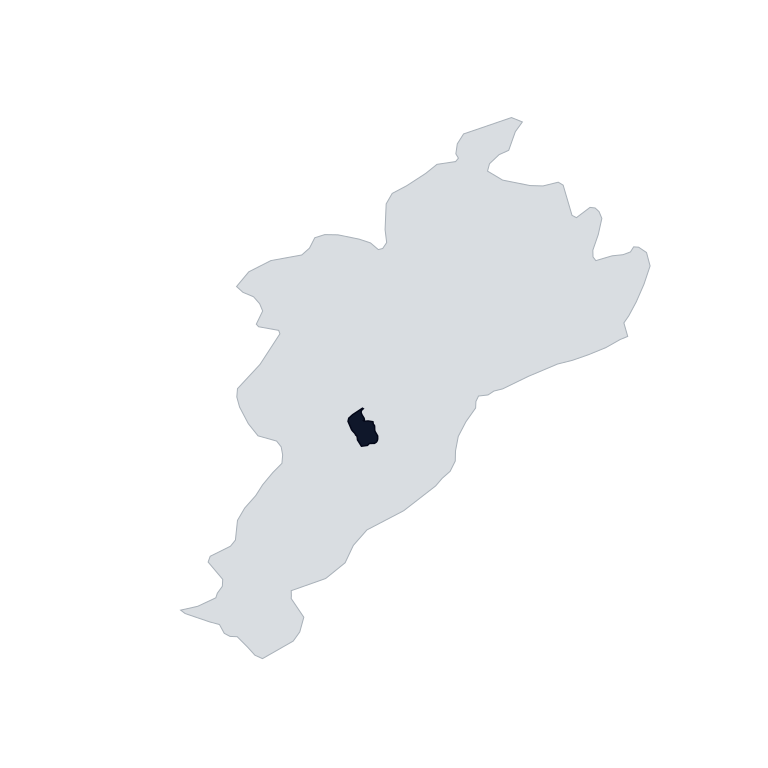 Žalec highlighted on a map of Slovenia, rotated 148°
{"feature_id": "SVN-224", "entity_name": "Žalec", "entity_type": "Statistical Region", "adm_level": 1, "iso_a3": "SVN", "parent_name": "Slovenia", "parent_adm1": "", "projection": "natural_earth1", "projection_center": [15.16, 46.26], "detail": "fine", "context": "in_parent", "style": "filled", "palette": "ink", "viewbox_px": 768, "rotation_deg": 148, "n_neighbors": 0, "source": "natural_earth", "source_scale": "10m", "svg_char_len": 2353}
<svg xmlns="http://www.w3.org/2000/svg" viewBox="0 0 768 768"><g transform="rotate(148 384 384)"><path d="M676.3,300.0L659.8,294.2L639.9,291.8L636.2,294.9L628.3,298.1L624.3,303.8L627.5,326.2L622.7,330.0L600.1,327.8L592.7,330.4L580.5,346.0L567.9,352.6L552.0,357.3L540.2,362.9L525.3,367.8L512.6,370.8L507.5,377.6L504.5,385.2L505.3,392.5L518.3,406.8L520.1,422.2L518.7,441.0L515.7,451.0L510.7,457.7L478.8,466.3L445.7,481.7L444.9,485.3L460.0,499.0L460.6,502.4L448.2,510.2L446.9,518.0L448.4,527.1L455.0,536.4L457.4,544.8L439.2,550.8L414.5,548.6L385.4,537.0L375.2,538.7L365.2,544.7L355.1,542.1L344.0,534.9L328.3,520.0L320.7,510.8L317.6,501.0L313.3,499.6L306.8,502.5L301.3,514.3L286.7,535.6L276.0,541.3L259.7,540.1L236.9,540.5L222.7,542.2L205.4,534.7L201.2,536.1L201.1,541.1L194.6,548.8L184.0,553.9L134.7,542.4L127.8,532.9L138.9,528.4L154.4,516.1L164.9,517.5L177.8,514.9L183.4,509.7L175.4,494.1L155.0,474.9L144.2,467.7L129.3,462.8L126.7,457.7L135.2,427.4L132.7,423.1L115.7,424.6L111.7,421.4L110.3,416.2L111.5,409.0L123.1,397.2L136.0,386.8L139.4,381.0L139.0,376.4L122.6,371.8L112.8,367.0L105.0,365.4L99.6,368.0L95.6,365.1L91.7,356.4L95.8,343.1L110.6,330.9L126.5,320.0L140.3,312.1L148.2,308.7L152.1,295.2L160.2,296.6L176.5,297.3L194.6,300.4L211.5,304.2L226.4,309.0L257.6,314.0L286.0,317.0L294.6,319.8L301.6,319.6L310.2,323.7L315.3,320.5L319.0,315.1L334.5,308.6L348.8,300.2L358.8,289.4L364.4,280.9L374.2,274.9L384.6,273.2L394.2,270.2L434.4,266.1L475.8,269.3L495.5,263.4L511.7,253.0L535.4,250.1L536.7,250.0L572.2,257.9L574.9,253.3L576.4,251.3L575.6,228.7L586.8,218.4L597.2,214.1L632.6,215.5L637.2,222.4L639.1,233.1L642.4,247.5L648.3,251.5L651.6,257.2L651.0,267.2L657.9,274.6L674.3,294.7L676.3,300.0Z" fill="#d9dde1" stroke="#a8b0b8" stroke-width="1"/><path d="M436.1,343.2L436.1,350.7L435.5,351.8L434.8,353.4L434.6,354.3L435.1,355.9L435.1,356.2L434.8,356.8L434.9,357.7L435.5,360.6L435.7,362.4L434.3,371.4L432.0,373.7L426.9,374.6L415.1,374.9L414.7,374.0L416.0,373.8L416.7,373.6L417.3,373.3L417.9,372.8L418.4,372.1L418.7,371.3L419.0,369.3L419.0,365.7L419.3,364.6L419.7,363.9L420.2,363.8L420.8,363.9L420.7,363.5L419.7,362.4L417.1,361.1L413.4,357.9L414.5,355.3L414.0,354.1L414.6,352.7L416.1,350.2L416.7,348.8L416.9,343.3L418.5,340.7L419.7,339.5L421.2,338.8L423.5,338.7L427.9,341.3L430.6,340.7L436.1,343.2Z" fill="#0f172a" stroke="#020617" stroke-width="1.5"/></g></svg>